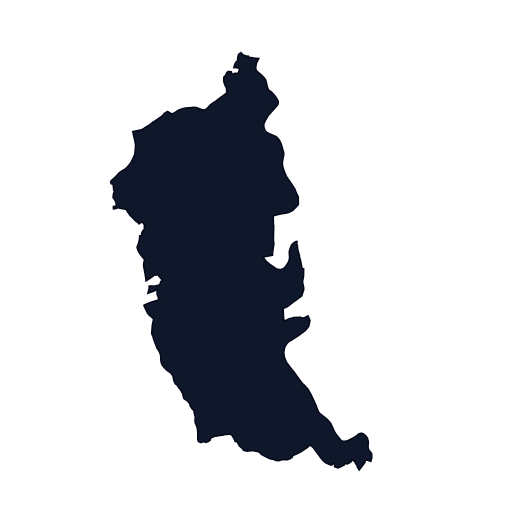 outline of Noslac, Alba, Romania, rotated 103°
{"feature_id": "2599482B66664131902378", "entity_name": "Noslac", "entity_type": "district", "adm_level": 2, "iso_a3": "ROU", "parent_name": "Romania", "parent_adm1": "Alba", "projection": "robinson", "projection_center": [23.98, 46.411], "detail": "fine", "context": "isolated", "style": "filled", "palette": "ink", "viewbox_px": 512, "rotation_deg": 103, "n_neighbors": 0, "source": "geoboundaries", "source_scale": "gbopen_adm2", "svg_char_len": 6103}
<svg xmlns="http://www.w3.org/2000/svg" viewBox="0 0 512 512"><g transform="rotate(103 256 256)"><path d="M210.3,410.6L215.1,414.0L215.7,414.2L216.8,414.2L218.2,413.4L218.2,412.3L218.4,411.7L218.8,411.1L219.4,410.8L220.7,410.7L221.2,410.2L223.1,409.8L225.2,408.4L226.9,408.9L230.6,408.6L231.8,408.0L232.6,406.7L235.5,404.4L237.9,403.7L238.9,403.7L239.3,404.2L239.7,406.0L240.4,406.1L242.2,405.5L241.7,404.0L240.3,401.7L239.9,400.8L240.1,399.7L239.8,392.5L240.8,392.1L244.2,388.6L249.2,380.8L249.4,380.0L251.0,377.1L249.6,375.8L248.2,375.2L249.1,373.6L250.2,372.5L250.7,371.5L252.7,371.5L254.0,370.8L254.8,371.1L255.8,371.2L257.3,372.0L258.6,372.4L259.6,372.5L260.3,372.1L261.5,371.8L262.4,373.8L262.7,373.9L265.0,373.4L267.9,373.3L271.0,373.4L273.9,373.9L274.7,373.7L276.8,372.4L278.4,371.2L281.2,368.2L284.4,364.0L284.9,363.8L288.3,363.8L290.7,363.4L299.5,359.6L305.0,357.5L302.1,354.7L297.7,350.8L296.5,347.8L296.6,346.9L297.4,346.3L300.6,341.7L301.1,341.7L301.8,342.7L302.4,343.1L305.6,343.2L307.7,347.0L308.3,348.6L309.0,352.5L309.6,353.5L310.5,353.0L311.2,352.9L315.6,352.9L316.7,353.0L314.2,349.1L310.9,344.5L313.5,344.3L315.8,343.7L318.0,342.1L319.6,341.4L320.1,340.1L325.0,348.5L328.9,354.0L329.8,353.9L335.9,349.0L337.7,346.7L339.8,342.6L340.6,341.6L346.5,341.5L354.7,340.3L355.8,339.7L357.9,338.1L360.0,337.1L367.4,332.2L368.2,331.6L370.4,329.2L372.8,327.4L375.2,326.3L379.0,325.3L381.1,324.4L382.5,323.6L384.4,321.7L386.2,319.1L387.9,316.0L389.0,313.0L391.0,310.6L391.7,309.9L395.5,308.2L397.4,307.0L398.9,305.5L399.3,304.3L399.6,303.8L401.7,301.7L403.0,299.9L404.3,298.6L406.6,296.5L410.8,294.5L411.4,293.6L412.7,290.2L414.1,288.3L415.5,286.9L416.7,286.5L419.2,284.0L420.2,282.3L421.1,281.6L424.9,279.9L426.3,279.0L428.0,278.8L431.3,278.1L432.0,277.8L435.4,275.4L437.4,274.3L440.6,273.2L447.7,271.5L449.3,270.8L449.7,270.2L450.0,269.1L450.2,267.7L449.6,266.7L448.6,265.6L448.6,265.0L448.9,263.9L448.8,262.6L447.8,261.4L447.1,260.3L446.0,259.4L445.2,259.2L444.3,260.0L440.8,255.5L440.0,252.9L438.9,250.7L438.2,248.2L437.4,247.0L436.8,245.7L436.6,244.6L435.9,242.8L435.6,241.3L435.6,240.3L435.8,239.6L436.8,238.4L440.0,235.3L441.1,234.9L441.4,234.6L441.5,234.3L441.3,233.3L441.5,232.3L443.4,230.8L445.1,229.1L445.6,227.8L446.2,226.7L448.2,224.2L448.3,223.7L448.2,222.6L447.9,221.4L448.2,220.8L448.1,220.2L447.5,219.6L447.3,217.9L446.5,216.3L446.3,212.9L446.2,212.0L446.2,210.1L446.5,208.3L447.8,206.7L448.0,206.3L449.2,202.0L450.3,197.5L450.5,196.1L450.2,194.1L450.3,192.7L450.7,191.3L450.5,188.1L449.0,185.4L448.5,184.4L447.7,181.0L447.8,180.5L447.7,180.2L445.6,176.7L445.1,176.7L444.0,175.4L442.2,175.3L439.3,171.2L438.3,170.2L437.4,169.0L436.1,167.6L430.8,162.7L428.0,160.9L429.6,157.4L437.9,147.7L440.0,145.0L441.2,143.0L441.8,141.8L442.9,136.1L442.7,135.4L442.3,134.9L441.4,134.5L440.4,133.4L443.8,131.8L443.6,131.3L444.0,129.7L444.0,128.3L441.7,125.3L439.6,122.9L439.2,123.4L438.2,123.2L438.2,120.9L438.1,120.3L437.2,119.1L435.1,117.1L433.0,116.5L433.2,115.5L434.3,113.4L436.3,111.7L437.4,110.5L439.2,109.5L441.3,107.3L432.6,103.4L430.1,103.5L430.0,101.2L430.3,97.9L426.5,97.8L423.7,98.4L421.9,99.4L420.0,102.1L418.7,103.0L416.5,104.0L413.2,104.4L411.6,104.8L408.6,106.3L407.6,107.3L406.8,108.3L405.4,110.6L405.0,112.2L404.9,113.4L406.2,115.9L408.0,117.1L411.2,120.2L414.9,124.6L416.0,126.4L416.9,129.0L416.9,130.1L416.6,131.5L416.0,132.4L411.0,138.6L409.1,140.3L402.4,145.4L401.7,146.3L400.2,148.3L399.0,150.1L395.2,158.1L394.1,159.7L390.6,162.4L388.6,163.5L386.5,165.0L378.9,171.0L374.9,174.6L373.5,176.2L371.3,179.3L369.7,182.1L365.9,186.7L360.5,192.8L357.6,196.6L352.6,202.5L348.3,205.5L344.0,207.2L339.2,207.5L337.1,207.2L334.1,206.0L332.0,204.8L329.5,202.0L323.9,196.6L317.3,191.0L312.7,188.8L306.6,188.9L302.6,191.9L304.8,194.3L305.8,196.0L306.0,198.4L305.6,199.2L306.6,201.8L306.6,202.9L307.1,204.0L307.4,205.5L308.6,207.3L309.4,209.2L313.2,213.9L311.2,214.6L310.5,215.1L301.5,217.6L300.7,217.2L298.6,214.4L297.5,213.3L292.5,209.3L289.9,206.9L287.1,204.6L284.7,202.5L278.1,201.9L275.8,202.5L271.6,204.5L269.8,204.9L264.9,205.1L257.7,206.7L258.3,208.3L256.8,208.7L250.3,211.6L247.7,213.1L245.8,213.8L240.7,216.5L239.5,217.1L236.4,218.0L236.0,218.3L235.9,218.7L235.3,219.0L232.7,219.2L232.6,220.0L234.9,222.4L237.2,223.8L240.6,224.4L243.3,224.6L245.3,224.4L249.7,223.0L251.4,222.8L253.7,222.9L256.3,223.5L261.0,225.5L263.2,228.0L263.9,229.6L264.0,231.4L264.0,233.0L261.0,240.6L258.9,244.9L255.9,248.5L254.6,247.1L251.6,240.0L250.6,240.4L239.6,241.4L238.0,242.1L236.0,242.7L222.3,245.6L222.3,245.9L213.0,248.2L210.0,242.5L207.2,235.8L206.1,233.7L203.4,230.5L198.7,227.6L196.3,226.3L189.5,227.9L188.7,228.2L185.3,231.0L182.0,233.2L178.3,237.0L171.8,244.1L167.3,247.4L164.7,249.0L161.6,250.6L159.1,251.3L150.8,251.8L149.0,252.3L141.4,256.5L139.1,258.2L137.4,259.8L135.8,262.0L135.1,263.4L133.7,271.0L132.9,273.9L131.3,275.7L128.9,277.2L125.9,278.1L121.6,277.3L116.5,275.7L104.0,268.9L101.8,268.7L100.3,269.1L98.3,270.8L96.3,272.8L94.3,275.5L92.6,278.1L91.5,281.0L88.0,283.4L85.2,284.6L82.4,286.1L80.8,287.7L78.6,291.0L75.6,296.9L73.7,298.4L71.1,298.8L67.7,298.9L62.9,297.7L63.5,301.5L63.9,308.4L63.0,308.5L63.4,310.4L62.8,314.2L61.3,316.3L62.1,316.4L62.2,317.4L62.8,317.8L63.8,318.4L64.4,318.5L66.9,318.4L70.1,317.8L70.3,318.2L71.2,318.9L72.6,319.5L75.6,320.0L77.5,320.0L77.0,317.9L76.9,315.6L77.0,314.1L82.0,314.4L82.6,317.3L83.0,318.2L83.5,318.5L84.3,320.4L82.1,321.4L82.0,321.9L82.5,324.7L83.8,325.7L86.5,326.2L89.0,327.6L92.5,326.9L93.7,326.4L94.8,325.8L97.6,323.9L98.5,322.8L101.8,321.8L103.5,321.1L112.4,328.7L114.1,329.9L116.5,332.4L119.1,334.5L123.7,337.2L124.8,338.4L125.4,339.4L125.6,340.9L124.7,347.7L125.1,350.2L125.9,352.3L127.2,356.7L128.3,359.4L130.5,363.3L132.8,365.8L135.0,367.7L136.4,370.0L136.3,371.3L135.7,372.2L135.1,374.8L135.5,375.4L136.5,376.0L137.7,377.5L140.0,378.5L141.4,379.6L147.2,384.9L148.7,386.5L152.4,389.4L155.6,392.8L156.9,393.9L158.7,395.9L162.5,404.1L170.7,400.1L175.7,398.1L184.3,397.0L185.4,397.3L186.3,397.3L193.4,399.0L197.5,401.0L200.8,403.1L201.7,404.2L205.4,407.8L210.3,410.6Z" fill="#0f172a" stroke="#020617" stroke-width="1.5"/></g></svg>